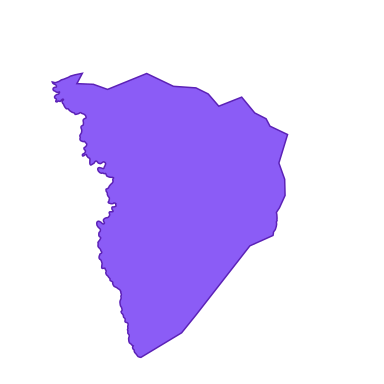 the district of Bo'mbogor, Bayanhongor, Mongolia, rotated 344°
{"feature_id": "93677404B12243901398913", "entity_name": "Bo'mbogor", "entity_type": "district", "adm_level": 2, "iso_a3": "MNG", "parent_name": "Mongolia", "parent_adm1": "Bayanhongor", "projection": "albers", "projection_center": [99.341, 46.245], "detail": "fine", "context": "isolated", "style": "filled", "palette": "violet", "viewbox_px": 384, "rotation_deg": 344, "n_neighbors": 0, "source": "geoboundaries", "source_scale": "gbopen_adm2", "svg_char_len": 5795}
<svg xmlns="http://www.w3.org/2000/svg" viewBox="0 0 384 384"><g transform="rotate(344 192 192)"><path d="M257.9,256.1L258.7,254.5L259.2,253.1L260.0,252.4L261.7,251.1L263.6,248.2L264.5,246.2L264.7,244.8L265.0,243.8L265.7,243.2L266.0,242.6L266.1,241.5L266.5,240.8L267.3,237.2L267.5,234.9L271.7,231.3L280.5,221.0L284.6,205.3L283.5,188.1L299.7,163.1L285.1,150.2L283.4,142.0L274.1,133.3L265.9,114.5L241.4,116.9L234.6,102.2L224.5,93.0L203.3,85.3L181.1,65.6L139.1,70.1L126.9,61.3L111.2,56.1L119.3,47.7L111.9,47.1L107.1,47.1L104.7,47.7L102.5,47.9L99.9,48.2L97.3,48.2L94.8,49.0L93.3,49.1L92.5,49.2L90.6,49.2L88.0,47.7L88.0,48.1L88.2,49.0L88.8,49.9L90.4,51.3L90.8,52.0L90.9,52.6L90.8,53.1L90.6,53.6L90.2,53.7L88.6,53.5L87.8,53.7L87.2,54.0L86.7,54.9L86.7,55.6L87.0,56.4L88.5,57.7L88.8,58.3L89.8,59.0L91.0,59.3L92.1,59.2L92.2,59.4L92.0,59.9L91.3,60.6L90.7,61.1L88.9,61.0L87.9,61.3L86.5,62.1L86.1,62.6L86.0,63.0L86.0,63.6L86.2,64.1L87.2,65.2L87.2,65.6L87.0,66.1L86.1,67.0L86.0,67.4L86.3,67.9L87.1,68.2L87.9,67.9L88.3,67.6L88.7,67.8L90.2,68.6L90.7,68.4L91.5,67.8L92.4,67.4L92.9,67.1L93.6,67.2L93.9,67.5L93.9,67.9L92.6,68.6L92.1,69.1L92.0,69.6L92.1,71.0L92.6,72.0L92.9,74.1L93.3,75.6L93.8,76.7L94.2,77.4L95.1,77.6L95.8,77.9L96.1,78.4L96.7,79.9L98.6,82.2L100.7,83.7L101.1,85.2L101.8,85.4L104.7,85.4L105.9,85.0L106.4,84.9L106.9,85.1L107.9,86.2L109.4,87.2L110.4,88.5L110.8,89.5L110.8,91.2L110.6,91.5L110.2,91.7L108.5,91.9L107.3,92.7L107.1,93.1L106.9,93.9L106.8,95.2L106.6,96.0L106.3,96.8L106.0,97.5L105.6,97.7L104.5,98.0L103.8,98.2L103.3,98.7L103.1,99.2L103.0,99.9L103.1,101.3L103.1,102.1L102.4,104.0L101.9,104.8L100.2,106.3L99.7,107.0L99.6,108.0L99.7,108.6L98.9,110.1L98.8,110.6L99.0,111.8L100.6,113.2L101.6,113.7L102.6,113.7L103.0,114.4L103.1,114.9L103.3,115.4L104.0,116.3L104.0,116.8L103.9,117.3L103.7,117.8L103.1,118.5L102.0,119.2L100.5,119.7L100.2,120.1L100.1,120.9L100.2,121.6L100.7,122.3L100.9,122.7L100.8,123.4L100.6,123.9L99.9,124.7L99.2,125.1L98.3,125.3L97.7,125.4L97.1,125.7L96.9,126.0L96.7,126.8L96.8,127.2L97.3,127.4L98.1,127.3L98.7,127.0L99.5,126.8L100.4,126.7L100.7,126.9L100.9,127.3L100.8,128.0L100.9,128.6L101.2,129.0L101.4,129.8L101.8,130.4L102.9,131.4L102.9,131.8L102.9,132.5L102.4,133.9L101.8,135.8L101.6,136.9L101.8,137.7L102.0,138.1L102.5,138.2L103.3,138.0L104.3,137.7L105.8,137.3L106.4,136.7L106.9,136.3L107.8,135.8L108.1,135.8L108.5,135.9L108.9,136.3L109.4,137.1L109.7,138.0L110.2,138.6L111.2,139.2L111.4,139.4L111.7,139.5L112.5,139.4L115.0,138.6L115.4,138.6L115.7,138.8L116.4,139.6L116.7,140.1L116.8,140.8L116.5,141.5L115.4,143.0L114.8,143.5L114.0,144.6L113.7,145.0L113.1,145.1L112.4,144.7L111.7,144.1L109.5,142.9L108.6,143.0L108.0,143.4L107.7,144.0L107.6,145.0L107.8,146.2L108.7,147.9L109.5,148.6L110.4,149.1L111.3,149.1L111.7,149.3L112.4,150.0L113.1,150.3L113.5,150.3L114.0,150.4L114.2,150.9L114.4,152.8L114.7,153.4L116.6,154.9L118.0,155.5L119.7,156.0L120.5,156.6L120.5,156.9L120.0,157.3L119.5,157.8L119.2,158.3L119.1,158.8L119.2,159.6L118.9,160.3L118.3,161.0L117.8,161.4L116.7,161.9L115.2,162.8L114.1,163.6L113.2,164.6L112.6,165.1L111.9,165.4L111.2,165.5L110.4,165.5L110.0,165.9L109.7,167.5L109.8,168.0L110.1,168.6L110.3,169.4L109.9,171.2L110.1,172.8L110.7,174.2L110.9,174.9L110.6,176.1L110.2,176.6L110.0,177.2L109.5,177.9L108.8,178.4L108.6,178.9L108.9,179.6L110.7,180.8L111.7,181.2L112.8,181.4L113.6,181.1L114.1,181.1L114.6,181.3L115.2,181.8L115.6,182.3L115.2,183.0L115.2,183.5L115.2,184.1L115.0,184.6L114.2,184.8L113.0,184.8L111.3,184.4L111.0,184.6L110.6,185.1L110.4,186.0L110.4,186.9L110.8,187.9L110.9,188.6L110.6,189.0L110.2,189.0L109.6,188.9L108.0,188.5L107.3,188.4L106.9,188.7L106.6,189.2L106.7,190.4L106.6,191.2L106.2,191.9L105.6,192.5L104.7,193.1L103.8,193.4L102.5,193.1L100.5,193.4L99.3,194.2L99.0,194.8L98.9,195.4L99.0,196.4L99.3,197.1L99.3,197.6L99.1,198.0L98.3,198.4L97.8,198.2L97.1,197.6L96.1,195.9L94.6,194.5L93.7,194.2L92.7,194.5L92.0,195.3L91.7,196.2L91.5,197.9L92.1,199.9L93.3,201.9L93.6,202.5L93.6,203.0L93.3,203.8L92.9,204.5L92.3,204.9L91.6,205.2L91.1,206.0L90.8,206.9L90.5,207.9L90.5,208.6L90.7,209.4L91.3,210.0L91.6,210.6L91.5,211.2L90.2,212.6L87.8,214.4L87.6,214.9L87.5,216.0L87.0,217.1L86.7,218.3L86.9,219.4L87.4,220.3L87.9,221.2L88.2,222.2L88.2,223.5L88.6,224.2L88.6,224.8L88.5,225.4L88.0,225.9L87.1,226.0L86.5,226.2L86.1,226.7L85.6,227.6L85.1,228.0L84.5,229.6L84.5,230.3L84.8,231.2L85.2,231.5L85.8,232.7L85.9,235.9L84.7,238.6L84.3,240.0L84.5,240.5L84.8,240.8L86.8,241.1L87.3,241.3L87.3,241.7L87.3,242.7L87.7,243.7L87.8,244.1L87.6,244.7L87.0,245.5L86.8,246.2L86.8,247.1L87.0,248.1L88.0,249.7L88.4,251.0L88.9,251.9L89.3,252.9L89.0,253.5L88.9,254.1L89.0,254.6L90.0,255.6L90.6,256.3L90.9,256.7L90.9,257.0L90.8,257.6L90.6,257.8L90.5,258.5L90.7,259.9L91.1,261.2L91.7,261.8L92.8,262.7L93.5,263.4L94.0,264.2L95.5,265.9L96.0,267.1L95.9,267.6L96.1,268.2L96.1,268.6L95.8,269.1L95.8,269.6L95.9,270.2L95.9,270.6L95.8,271.3L95.4,272.0L95.0,272.3L94.8,273.1L94.7,274.3L94.3,275.0L92.7,277.1L92.3,278.3L92.1,279.5L91.9,280.9L91.9,281.8L92.4,283.6L92.4,284.3L92.4,285.4L92.3,285.9L92.1,286.5L91.7,286.9L90.9,287.3L90.8,287.6L90.9,288.8L91.1,289.4L91.7,290.2L91.7,290.9L91.9,291.4L92.0,292.1L91.7,293.0L91.8,293.7L92.7,295.1L92.7,295.8L92.3,296.9L92.0,297.6L91.9,298.1L92.1,298.7L93.4,299.6L94.0,300.2L94.2,300.7L93.9,302.3L93.3,303.1L93.0,304.1L92.9,305.3L92.7,305.6L92.2,306.2L92.0,306.6L92.0,307.3L92.2,307.7L91.9,308.3L91.4,310.0L91.5,310.5L91.8,311.1L92.1,311.8L92.1,312.6L91.9,313.4L91.0,314.7L90.5,315.8L90.5,316.5L90.2,317.7L90.2,318.9L90.3,319.8L91.5,321.4L92.0,322.4L92.2,322.9L92.9,323.5L93.1,323.7L92.4,324.3L92.0,325.1L92.0,326.3L92.2,327.0L92.7,327.6L92.8,328.4L92.6,329.0L92.6,329.7L92.7,330.4L93.6,332.3L94.7,335.2L95.9,336.2L97.3,336.9L143.2,324.5L162.1,311.2L169.9,305.5L232.8,259.7L257.9,256.1Z" fill="#8b5cf6" stroke="#5b21b6" stroke-width="1.5"/></g></svg>